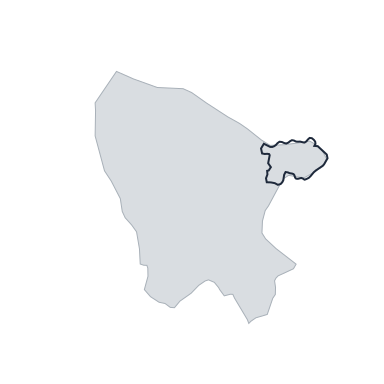 where Cibitoke sits in Burundi, rotated 123°
{"feature_id": "BDI-2638", "entity_name": "Cibitoke", "entity_type": "Province", "adm_level": 1, "iso_a3": "BDI", "parent_name": "Burundi", "parent_adm1": "", "projection": "albers", "projection_center": [29.231, -2.849], "detail": "fine", "context": "in_parent", "style": "outline", "palette": "slate", "viewbox_px": 384, "rotation_deg": 123, "n_neighbors": 0, "source": "natural_earth", "source_scale": "10m", "svg_char_len": 1973}
<svg xmlns="http://www.w3.org/2000/svg" viewBox="0 0 384 384"><g transform="rotate(123 192 192)"><path d="M271.3,72.8L268.9,76.0L257.8,98.6L255.6,102.0L256.8,104.1L261.5,108.4L258.8,115.6L257.7,117.5L255.6,124.1L256.7,130.3L259.4,132.5L266.6,135.5L277.4,137.6L290.1,142.7L298.6,143.7L300.6,147.4L300.2,153.9L302.4,159.6L302.4,169.8L299.8,178.8L286.7,183.0L279.9,187.6L278.1,189.9L279.7,192.6L280.6,196.2L268.3,205.1L255.6,216.8L252.5,224.7L250.0,234.0L246.3,239.9L236.6,248.5L226.8,265.7L221.9,276.9L197.7,303.8L176.3,317.2L170.0,321.8L132.0,321.0L129.1,302.9L123.3,278.1L110.2,255.7L108.8,246.4L109.5,228.4L109.5,203.0L108.6,189.4L108.9,179.5L110.6,162.2L110.4,151.9L101.8,140.0L91.0,127.3L85.2,121.1L84.9,116.1L84.9,111.5L86.7,104.7L90.9,97.2L95.6,96.4L107.1,99.4L119.2,105.8L125.5,120.1L130.4,122.2L139.3,122.2L162.0,120.3L167.7,120.5L178.0,117.1L188.3,111.0L191.2,104.8L193.7,90.7L195.8,65.4L201.1,65.1L215.4,74.1L218.5,74.7L221.5,74.4L226.5,70.0L232.6,66.3L237.1,66.4L253.7,62.2L262.7,69.9L268.3,72.2L271.3,72.8Z" fill="#d9dde1" stroke="#a8b0b8" stroke-width="1"/><path d="M96.9,96.3L98.9,96.6L106.3,99.8L109.0,100.6L114.1,101.2L116.6,101.8L118.8,103.1L120.3,104.2L120.4,104.8L120.3,106.2L120.7,107.8L120.7,108.0L123.3,110.4L124.1,111.9L123.8,113.3L122.1,115.4L121.7,116.6L122.0,118.0L123.1,120.5L123.3,122.1L124.3,124.4L127.3,124.1L132.5,121.8L134.7,121.6L137.0,122.0L139.2,123.9L139.5,127.4L141.0,131.1L143.1,134.6L140.2,137.4L136.2,138.3L133.3,140.5L132.2,139.4L128.2,139.4L126.4,143.8L118.8,146.9L118.2,148.0L119.0,149.7L120.5,151.7L121.5,154.2L117.9,157.8L112.4,158.0L111.6,151.0L110.5,149.2L108.8,148.0L106.7,147.2L104.5,146.9L102.2,146.0L101.1,143.8L100.7,141.3L100.0,139.4L98.1,138.1L95.9,137.4L94.1,136.4L93.3,134.5L93.1,132.5L92.6,131.3L90.8,128.7L89.7,125.4L89.2,124.5L87.3,123.7L84.8,123.4L82.6,122.8L81.6,120.8L81.9,118.2L82.7,116.1L84.2,114.8L86.7,114.5L85.1,111.5L87.2,99.4L89.9,96.7L96.9,96.3Z" fill="none" stroke="#1e293b" stroke-width="2"/></g></svg>